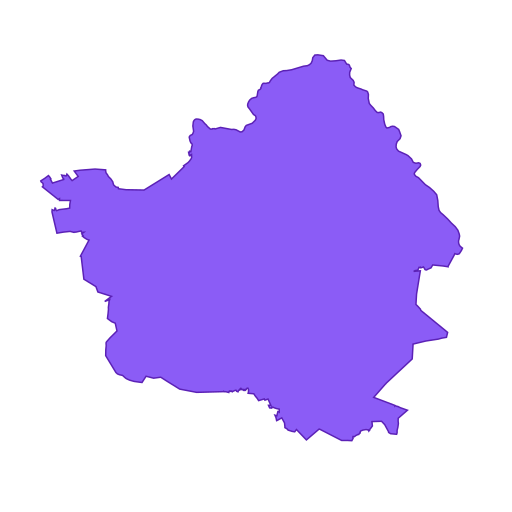 Tepic, Nayarit, Mexico, rotated 354°
{"feature_id": "50627088B74559046187795", "entity_name": "Tepic", "entity_type": "district", "adm_level": 2, "iso_a3": "MEX", "parent_name": "Mexico", "parent_adm1": "Nayarit", "projection": "orthographic", "projection_center": [-104.883, 21.625], "detail": "fine", "context": "isolated", "style": "filled", "palette": "violet", "viewbox_px": 512, "rotation_deg": 354, "n_neighbors": 0, "source": "geoboundaries", "source_scale": "gbopen_adm2", "svg_char_len": 6019}
<svg xmlns="http://www.w3.org/2000/svg" viewBox="0 0 512 512"><g transform="rotate(354 256 256)"><path d="M332.0,449.7L333.5,447.5L333.5,446.9L333.3,446.3L333.7,445.6L335.0,446.0L336.0,445.3L336.9,444.8L337.8,444.6L338.3,444.2L339.5,444.3L340.5,443.0L341.1,442.9L341.2,441.9L341.8,441.0L344.1,440.3L347.4,440.1L348.8,440.6L349.1,440.5L349.5,440.6L349.9,441.9L350.3,441.4L350.8,441.2L351.1,440.3L352.3,439.1L354.0,437.2L354.0,432.8L363.6,433.5L366.4,437.2L369.5,444.7L369.4,445.2L369.5,445.4L371.3,446.8L377.2,448.0L377.4,447.3L377.8,446.8L378.1,444.2L379.2,441.1L380.1,437.5L380.1,434.9L380.5,432.2L390.5,425.2L383.6,421.9L381.9,420.8L381.6,420.8L381.3,420.4L380.3,420.2L378.7,419.3L378.5,419.5L378.5,419.1L358.3,408.9L371.3,396.9L371.8,396.6L372.2,396.1L400.6,374.7L403.0,360.0L416.0,358.3L428.7,357.7L432.2,357.1L436.9,356.8L438.6,352.0L414.2,327.3L414.0,326.1L411.9,323.2L410.0,320.9L411.7,310.6L417.9,287.9L411.2,287.8L412.5,287.2L412.7,287.5L413.2,287.1L415.4,287.0L417.0,284.3L417.7,284.6L418.3,284.3L418.7,285.0L421.4,284.4L422.6,286.7L422.6,287.1L423.7,287.7L424.5,287.6L425.2,287.2L428.8,286.1L430.8,283.4L441.1,285.5L445.9,286.8L445.9,286.4L453.0,276.1L454.0,274.4L455.1,275.0L456.7,275.4L458.4,275.0L460.8,272.1L462.2,269.8L460.1,267.7L459.3,266.2L458.9,264.4L459.0,262.2L459.7,260.4L460.6,257.5L460.4,255.3L459.5,251.6L457.3,247.8L453.6,243.5L450.6,239.4L446.6,234.7L444.1,232.1L442.8,229.7L442.4,226.0L442.6,219.8L442.1,214.0L439.5,210.2L435.8,206.1L431.8,202.7L425.8,195.1L423.3,193.4L422.5,192.2L422.0,191.1L422.1,190.3L422.8,189.3L425.7,186.5L428.5,184.2L429.3,182.8L428.9,181.1L427.5,180.3L424.7,180.5L422.2,179.3L420.8,175.7L417.6,172.0L415.9,170.8L408.7,166.6L407.1,164.3L406.7,162.1L407.2,159.4L408.4,156.9L411.5,154.4L412.8,151.6L411.8,147.3L411.1,145.0L407.3,141.7L405.5,141.2L403.6,141.4L402.2,142.1L399.6,142.4L398.6,141.2L397.8,138.3L397.3,133.8L397.5,130.6L397.4,128.1L396.2,126.6L395.0,125.9L392.9,126.2L391.5,125.9L389.8,123.8L388.2,121.1L385.7,117.9L384.6,116.1L384.1,111.1L384.7,107.1L384.2,104.6L383.4,103.6L379.2,101.7L377.9,100.9L375.6,99.9L373.6,98.9L372.5,98.0L371.2,96.3L371.7,93.5L371.0,91.5L368.4,88.4L368.0,85.8L368.4,83.0L370.3,79.5L369.3,78.2L368.9,76.4L368.5,75.5L367.7,75.0L366.2,74.6L364.4,70.8L361.1,70.0L355.8,70.2L350.5,70.0L347.3,68.8L343.9,63.8L338.5,62.4L335.5,62.3L333.2,64.7L332.4,67.6L331.0,70.0L329.2,71.3L327.0,72.1L323.1,72.2L310.9,74.5L305.8,74.8L302.5,74.6L298.3,75.7L296.4,77.3L290.7,81.0L288.8,83.0L287.4,84.9L286.3,85.2L285.3,85.1L284.1,85.4L281.7,85.0L281.0,85.1L280.4,85.7L279.5,86.8L279.0,88.3L278.4,89.0L278.4,89.8L278.0,90.3L277.1,90.9L275.8,91.3L275.1,92.4L273.9,96.8L273.4,97.7L272.3,98.2L270.4,98.3L268.1,98.8L266.0,100.3L264.7,102.0L263.7,103.9L263.4,105.2L263.6,106.9L265.1,109.3L268.3,115.0L269.8,116.2L270.3,116.9L270.6,119.0L269.5,120.9L266.1,123.6L260.0,125.1L258.7,126.4L257.2,129.4L255.1,131.0L253.3,131.0L249.4,128.4L247.2,127.7L244.9,127.6L234.1,124.4L228.6,125.4L228.1,125.0L226.8,124.9L226.0,124.8L225.6,125.2L223.9,125.0L221.3,122.2L220.2,120.4L219.0,119.1L216.7,115.8L214.8,114.5L212.7,113.8L210.7,113.5L209.4,114.0L208.5,114.8L207.7,116.0L206.8,120.1L207.0,125.5L206.1,127.4L205.3,128.5L203.3,129.2L202.3,130.2L202.0,130.9L202.4,134.6L203.1,136.8L203.7,137.2L204.1,138.1L204.2,139.1L203.6,140.3L202.1,145.4L201.5,145.1L201.6,145.4L200.7,145.4L200.5,145.8L200.3,145.7L200.1,146.0L199.8,145.9L199.8,146.4L200.3,146.5L200.0,147.5L200.0,148.5L200.3,149.1L200.7,149.1L200.7,149.4L200.9,149.4L201.2,148.6L201.9,148.6L202.5,148.3L202.3,151.2L201.8,152.3L199.9,154.5L198.2,156.0L193.4,158.7L193.9,159.6L180.0,170.6L178.1,165.9L151.6,178.7L133.7,176.5L126.2,174.7L126.2,173.4L124.0,172.8L122.1,170.8L121.7,169.9L121.3,167.2L119.7,164.2L117.5,161.5L116.8,159.7L115.5,157.5L115.4,155.5L115.5,154.6L105.0,152.7L89.9,152.3L84.1,152.5L87.5,158.3L81.0,161.8L79.9,160.3L79.4,159.2L79.1,158.9L78.0,156.8L76.5,154.8L75.8,156.4L74.6,156.4L74.2,155.9L72.7,155.7L71.2,155.2L72.0,158.2L72.8,159.2L72.8,159.8L61.2,162.2L59.6,158.3L60.1,157.9L59.0,155.7L58.0,154.3L54.0,156.7L49.8,158.8L50.0,159.7L51.5,161.2L51.8,161.8L51.7,163.9L51.4,164.5L50.8,164.9L65.1,179.0L66.6,178.4L66.4,180.2L77.3,181.4L76.2,185.3L75.7,188.9L72.4,189.2L65.3,189.3L62.5,190.1L61.8,189.2L61.7,187.7L61.2,187.3L60.3,189.4L60.0,189.7L58.1,188.6L57.7,190.9L60.4,212.5L67.1,212.1L73.7,212.1L77.5,213.5L77.9,213.3L79.5,213.4L84.6,212.8L85.0,214.1L85.2,214.3L87.2,214.4L85.0,215.7L86.2,217.8L85.5,218.1L87.1,219.8L89.7,221.8L91.6,222.7L81.3,237.9L82.1,238.4L82.4,261.1L93.6,269.7L95.0,275.3L108.1,281.0L100.8,285.4L105.9,284.1L105.0,286.0L104.8,287.6L103.8,291.6L103.7,293.5L102.9,297.6L101.7,302.7L105.7,306.3L109.0,308.1L109.9,316.0L102.3,322.1L98.3,325.8L97.8,326.7L97.6,329.7L96.8,333.7L96.1,339.4L104.5,357.2L105.9,358.8L107.8,359.8L110.8,360.8L113.5,363.8L114.5,364.6L117.4,366.3L121.7,368.0L129.4,369.9L134.1,364.1L141.4,366.8L148.6,366.6L154.6,371.4L166.2,380.4L182.7,385.4L209.6,387.5L209.8,387.2L210.4,387.7L211.8,387.8L214.7,388.9L215.0,387.9L215.5,387.5L216.1,387.9L216.4,387.6L218.0,388.4L218.0,388.0L218.6,388.3L221.3,387.4L222.2,387.5L222.6,388.5L223.9,389.2L224.5,388.1L225.4,387.7L225.2,387.6L225.4,387.2L225.9,387.0L226.3,386.5L226.9,386.0L227.2,386.0L227.5,386.6L226.6,386.9L226.7,387.3L227.5,387.2L227.9,387.4L228.3,387.1L229.1,387.6L230.0,387.4L230.3,387.6L229.3,388.1L229.5,388.3L230.2,388.5L230.4,388.3L231.4,388.5L231.4,388.3L231.0,387.9L231.7,387.5L232.3,387.7L233.4,386.5L234.3,386.7L234.6,388.1L234.4,389.5L234.5,389.6L233.8,391.7L239.4,392.8L240.7,395.3L242.3,397.7L243.5,400.1L249.3,399.0L249.8,400.3L253.0,399.5L255.1,406.0L252.8,405.8L253.7,408.5L255.7,408.9L255.9,407.8L257.4,408.3L258.3,408.9L260.5,409.9L263.1,410.7L262.8,413.6L262.6,413.4L261.5,413.0L260.0,417.1L258.2,416.3L259.0,418.8L259.3,421.9L260.0,421.7L264.7,419.7L266.9,424.9L266.9,429.1L266.8,429.7L268.7,431.1L269.7,432.5L273.6,434.2L276.1,434.9L278.1,432.8L286.9,444.2L300.7,434.7L301.7,435.2L321.9,448.4L327.7,449.0L332.0,449.7Z" fill="#8b5cf6" stroke="#5b21b6" stroke-width="1.5"/></g></svg>